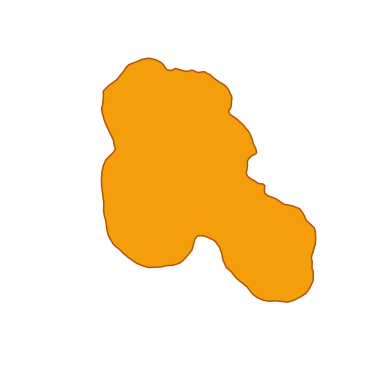 Kartala, Andjazîdja, Comoros (Natural Earth projection), rotated 154°
{"feature_id": "10938185B58200193875213", "entity_name": "Kartala", "entity_type": "district", "adm_level": 2, "iso_a3": "COM", "parent_name": "Comoros", "parent_adm1": "Andjazîdja", "projection": "natural_earth1", "projection_center": [43.364, -11.764], "detail": "fine", "context": "isolated", "style": "filled", "palette": "amber", "viewbox_px": 384, "rotation_deg": 154, "n_neighbors": 0, "source": "geoboundaries", "source_scale": "gbopen_adm2", "svg_char_len": 2385}
<svg xmlns="http://www.w3.org/2000/svg" viewBox="0 0 384 384"><g transform="rotate(154 192 192)"><path d="M168.2,328.2L172.2,331.2L178.5,333.0L185.2,333.4L190.5,334.0L193.2,334.0L196.6,332.9L200.0,330.6L206.0,328.0L209.6,326.2L213.6,325.3L219.7,324.3L224.9,322.5L227.2,321.7L227.9,321.0L229.1,318.0L232.0,312.8L234.6,309.1L236.4,306.9L237.5,304.3L238.5,299.8L239.4,294.8L239.8,290.0L239.8,282.0L239.9,274.0L240.2,271.8L240.8,270.3L241.6,267.7L241.6,265.1L242.4,263.8L245.6,262.0L249.2,260.7L255.2,258.8L260.1,254.7L264.0,249.7L267.4,244.0L270.3,237.8L271.8,233.4L273.3,229.1L275.1,223.7L275.6,221.9L277.2,218.5L279.5,214.4L281.2,209.2L281.8,205.7L282.2,203.5L284.9,195.7L286.2,189.9L286.2,186.4L285.8,182.3L285.7,180.1L284.5,176.6L282.2,171.9L280.7,167.3L278.8,163.0L276.7,158.7L272.9,152.0L268.5,147.2L264.4,143.3L259.8,141.3L252.5,138.1L247.2,137.0L241.6,134.6L236.5,133.8L233.3,133.6L227.9,135.1L222.4,137.5L217.4,139.9L213.8,144.0L210.1,148.3L206.7,150.0L203.4,149.0L200.2,147.0L197.3,144.0L193.5,139.0L192.6,136.6L191.5,130.3L192.2,124.0L194.0,117.1L194.2,108.9L191.7,103.0L190.0,95.2L187.9,90.7L184.1,82.5L182.4,74.0L179.7,68.4L174.8,63.0L170.6,60.1L163.9,57.1L158.4,53.7L154.8,51.3L149.6,50.2L146.0,50.0L140.6,50.2L134.5,50.8L129.6,53.2L125.2,56.5L122.3,58.9L120.6,61.7L117.9,67.5L117.5,71.0L114.6,76.4L113.7,80.1L111.8,82.9L109.7,84.7L107.4,87.5L104.3,90.7L102.4,93.8L100.7,97.0L98.6,102.2L97.8,105.9L100.1,112.4L101.8,116.7L101.4,121.7L101.9,126.7L102.7,130.0L104.8,132.1L107.8,135.6L112.6,139.1L114.9,140.8L116.8,144.3L118.9,148.2L121.9,151.8L125.6,155.5L127.1,159.2L125.9,162.2L123.8,165.7L124.8,168.1L128.6,170.5L131.2,175.0L134.1,179.3L135.2,182.2L135.2,184.5L132.9,188.0L130.4,191.7L128.7,195.4L126.4,197.1L123.0,198.2L121.3,198.4L117.8,198.4L116.5,199.3L115.7,203.2L115.7,208.6L114.9,212.3L114.4,219.5L114.9,222.7L115.9,226.6L116.6,229.8L118.3,234.2L119.7,237.9L121.2,240.5L122.3,242.6L123.9,245.2L123.9,247.2L123.3,249.3L121.6,249.6L119.6,251.5L118.1,253.7L116.8,256.1L114.7,259.3L114.5,262.4L114.3,266.9L114.8,270.8L116.0,274.1L117.3,276.0L119.2,278.8L122.1,284.0L124.5,289.9L126.1,291.4L127.8,294.4L130.6,295.7L132.9,296.1L136.0,298.3L137.1,300.3L138.8,301.6L143.0,302.4L145.1,303.5L148.9,306.8L152.9,310.4L155.0,310.2L157.5,310.4L160.6,312.4L161.5,314.8L161.9,319.1L163.2,322.3L165.1,324.9L168.2,328.2Z" fill="#f59e0b" stroke="#b45309" stroke-width="1.5"/></g></svg>